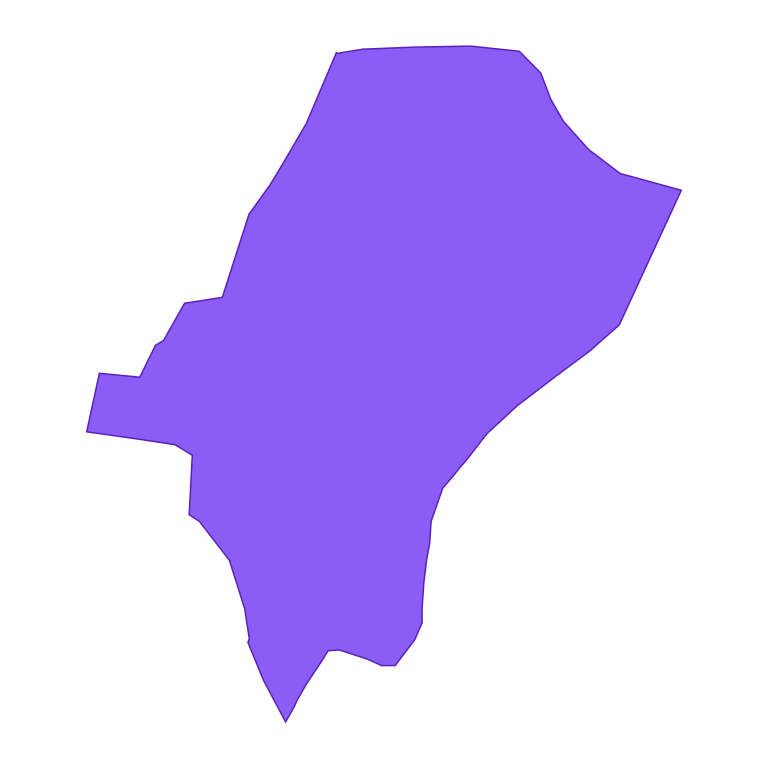 Ekiti East, Ekiti, Nigeria (Natural Earth projection)
{"feature_id": "59680162B97170897047692", "entity_name": "Ekiti East", "entity_type": "district", "adm_level": 2, "iso_a3": "NGA", "parent_name": "Nigeria", "parent_adm1": "Ekiti", "projection": "natural_earth1", "projection_center": [5.672, 7.718], "detail": "fine", "context": "isolated", "style": "filled", "palette": "violet", "viewbox_px": 768, "rotation_deg": 0, "n_neighbors": 0, "source": "geoboundaries", "source_scale": "gbopen_adm2", "svg_char_len": 912}
<svg xmlns="http://www.w3.org/2000/svg" viewBox="0 0 768 768"><path d="M336.3,52.8L306.5,123.1L284.4,161.1L268.8,187.0L268.5,187.0L249.0,214.3L222.3,297.4L184.6,303.2L163.4,340.7L155.5,345.2L139.8,377.2L99.4,373.3L86.7,431.8L135.5,438.7L175.1,444.7L192.3,455.3L189.2,514.8L199.2,521.2L229.4,560.3L244.7,608.7L249.3,638.8L247.9,642.3L263.5,680.3L285.6,721.9L294.5,706.3L296.9,700.7L306.4,684.0L323.1,659.0L328.1,650.7L339.3,650.0L367.0,659.0L381.6,665.6L395.1,665.6L414.9,639.5L422.1,622.8L422.1,608.2L423.9,582.1L426.6,560.1L429.7,543.2L431.1,521.5L442.8,488.0L452.5,476.8L460.0,467.3L466.1,460.6L486.9,433.7L517.5,405.5L554.4,377.3L562.8,371.0L589.5,351.2L607.2,335.6L619.2,325.0L633.2,294.6L681.3,190.3L620.1,173.5L588.6,149.5L574.7,134.0L563.4,121.3L550.8,99.4L540.8,73.1L519.3,51.3L470.7,46.1L414.9,47.1L362.7,49.2L337.9,53.3L337.1,53.0L336.3,52.8Z" fill="#8b5cf6" stroke="#5b21b6" stroke-width="1.5"/></svg>